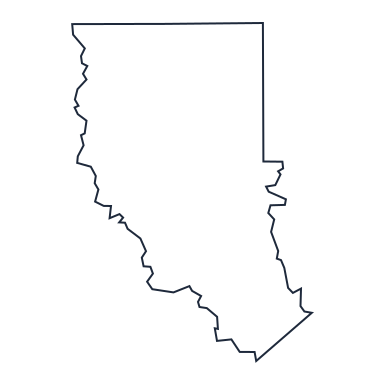 outline of Cherokee, Texas, United States of America
{"feature_id": "52423323B13396294206268", "entity_name": "Cherokee", "entity_type": "district", "adm_level": 2, "iso_a3": "USA", "parent_name": "United States of America", "parent_adm1": "Texas", "projection": "albers", "projection_center": [-95.197, 31.782], "detail": "fine", "context": "isolated", "style": "outline", "palette": "slate", "viewbox_px": 384, "rotation_deg": 0, "n_neighbors": 0, "source": "geoboundaries", "source_scale": "gbopen_adm2", "svg_char_len": 1073}
<svg xmlns="http://www.w3.org/2000/svg" viewBox="0 0 384 384"><path d="M72.2,24.1L73.1,34.7L84.8,48.4L81.0,56.1L82.0,63.3L87.3,66.0L83.0,73.8L86.5,79.5L77.5,89.2L74.9,99.6L78.5,105.8L74.6,107.5L77.8,114.2L86.5,120.7L84.7,133.4L81.0,135.2L83.6,145.3L77.8,156.3L77.2,162.9L90.8,166.7L95.8,176.0L94.7,183.2L98.4,189.5L95.1,201.6L103.7,205.9L111.0,206.0L109.6,218.2L119.5,214.1L123.1,217.6L119.2,222.4L125.0,222.7L127.6,228.8L140.4,238.5L146.0,251.2L141.8,257.6L143.6,266.3L150.4,266.8L152.9,273.6L147.1,281.7L152.3,289.2L173.5,292.4L189.4,286.1L192.1,290.9L201.1,296.0L198.0,301.9L199.5,307.0L206.8,308.1L217.1,316.8L217.9,328.9L214.8,328.3L217.0,340.9L231.4,339.4L239.7,351.9L254.6,352.0L256.2,361.0L311.8,312.8L304.4,311.5L300.5,306.1L301.0,288.6L292.9,292.9L288.1,287.9L284.3,267.9L281.0,260.1L276.8,258.6L278.2,251.0L271.1,231.9L274.2,219.4L268.3,213.0L270.5,205.3L284.9,204.9L285.9,199.3L268.7,191.7L266.1,186.6L275.3,185.1L280.5,174.4L278.1,171.3L283.1,168.4L282.4,161.7L263.4,161.5L262.9,23.0L165.4,23.9L72.2,24.1Z" fill="none" stroke="#1e293b" stroke-width="2"/></svg>